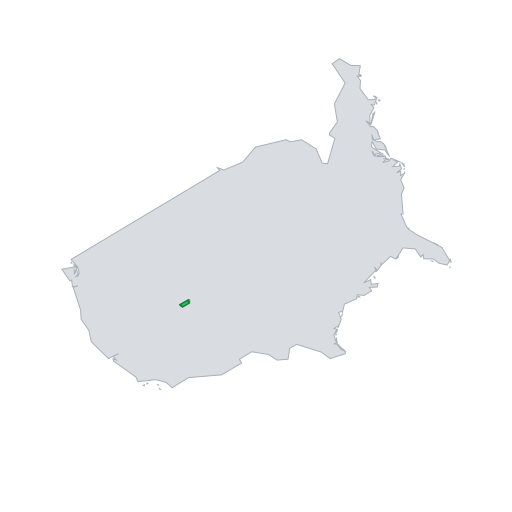 Carbon, Utah, United States of America shown in context, rotated 330°
{"feature_id": "52423323B75729045949325", "entity_name": "Carbon", "entity_type": "district", "adm_level": 2, "iso_a3": "USA", "parent_name": "United States of America", "parent_adm1": "Utah", "projection": "orthographic", "projection_center": [-110.382, 39.641], "detail": "fine", "context": "in_parent", "style": "filled", "palette": "green", "viewbox_px": 512, "rotation_deg": 330, "n_neighbors": 0, "source": "geoboundaries", "source_scale": "gbopen_adm2", "svg_char_len": 4394}
<svg xmlns="http://www.w3.org/2000/svg" viewBox="0 0 512 512"><g transform="rotate(330 256 256)"><path d="M400.1,163.3L419.7,150.8L418.1,127.6L426.9,126.8L433.3,138.2L441.5,143.4L435.6,150.4L436.3,152.8L433.7,150.8L434.2,156.4L429.8,162.9L431.2,176.7L437.0,179.9L439.1,178.0L437.4,176.2L438.6,176.8L440.0,179.2L434.0,184.4L431.5,182.4L432.4,186.4L424.8,191.2L420.7,198.9L420.2,195.9L418.9,194.4L419.9,201.6L422.1,202.0L423.7,207.7L422.2,216.7L416.0,214.4L417.0,208.7L415.1,213.2L418.2,217.5L421.2,219.5L422.7,222.5L421.4,236.5L420.5,228.5L413.7,223.6L413.8,215.1L410.3,219.1L415.7,229.2L410.4,227.7L409.1,228.7L409.2,224.8L408.7,223.8L408.2,227.0L409.0,229.3L416.9,230.7L416.1,233.2L411.9,230.7L410.6,230.5L415.8,233.5L417.7,233.7L417.7,236.8L415.0,235.5L419.5,238.3L419.0,239.2L416.7,237.7L412.4,238.4L418.7,240.3L421.8,238.8L428.3,247.3L422.9,240.9L425.5,245.5L419.3,247.0L425.2,250.0L426.8,247.7L425.7,253.3L419.5,254.2L423.7,255.0L421.4,258.5L425.5,258.7L419.4,262.4L418.3,271.0L412.7,275.4L404.4,293.1L402.5,292.2L401.0,305.9L401.4,309.1L405.7,317.6L421.3,341.5L421.4,356.9L416.9,359.4L410.6,353.4L408.3,347.4L399.9,342.3L401.4,338.2L398.2,339.4L397.4,329.4L387.3,322.5L375.6,328.5L372.2,323.6L360.0,326.5L361.1,324.0L359.4,326.7L354.0,329.2L353.1,324.9L352.7,328.2L335.8,333.2L343.5,333.7L341.7,338.2L348.0,340.8L345.5,343.5L338.4,339.8L338.7,343.9L329.9,344.2L324.2,340.1L321.7,343.3L308.5,341.9L301.9,348.8L303.5,347.0L299.3,346.2L298.2,353.5L290.9,359.3L292.6,357.6L287.3,357.7L289.4,359.8L283.7,363.7L282.2,371.7L279.3,370.9L281.9,372.6L283.0,379.6L285.9,383.4L284.2,385.2L268.9,381.9L264.6,372.0L247.2,353.0L239.2,352.6L232.1,361.4L222.2,356.7L217.5,347.4L204.4,336.8L189.9,337.2L190.0,341.5L166.7,341.7L136.9,327.6L117.4,328.1L115.1,320.6L107.4,313.0L91.0,305.9L91.4,300.7L80.1,275.8L80.8,273.4L83.2,276.8L82.1,271.5L88.0,271.8L76.9,271.0L70.5,247.9L74.1,236.7L72.9,223.3L77.0,215.4L82.1,191.5L87.0,192.9L81.7,190.9L84.3,184.7L82.4,184.4L81.3,170.4L92.9,174.6L89.5,181.3L94.1,176.8L92.9,182.7L89.8,183.8L91.8,184.3L94.5,182.2L96.1,176.2L94.2,166.5L267.4,163.8L266.7,160.2L271.2,165.5L291.6,168.1L309.9,161.4L340.2,170.3L342.7,174.2L353.6,178.1L361.7,193.4L359.7,208.6L364.1,211.9L383.2,193.5L380.1,187.8L381.6,186.0L393.4,180.7L400.1,163.3ZM428.4,192.7L431.5,190.3L420.8,200.0L429.1,190.5L428.4,192.7ZM94.2,172.4L95.3,176.4L95.1,176.9L93.3,173.8L94.2,172.4ZM285.6,382.3L283.0,376.4L282.7,372.9L283.4,376.5L285.6,382.3ZM436.6,150.4L437.5,152.2L436.8,152.1L436.6,150.4ZM324.7,341.9L325.3,343.3L323.7,342.4L324.7,341.9ZM97.0,312.4L99.0,311.8L99.1,312.1L97.0,312.4ZM95.0,311.7L94.2,312.6L93.6,311.6L95.0,311.7ZM437.2,183.1L436.8,184.7L436.4,184.5L437.2,183.1ZM283.5,369.5L282.7,372.4L284.8,366.6L283.5,369.5ZM416.6,333.5L419.6,338.2L416.2,333.1L416.6,333.5ZM106.6,318.1L107.3,319.7L106.4,318.2L106.6,318.1ZM422.4,357.4L421.3,359.6L422.9,355.2L422.4,357.4ZM430.0,250.4L429.2,253.1L428.7,247.7L430.0,250.4ZM93.1,169.1L92.9,170.2L92.3,169.5L93.1,169.1ZM289.6,360.9L286.9,362.6L289.6,360.5L289.6,360.9ZM440.6,181.9L441.2,183.2L440.0,183.4L440.6,181.9ZM106.2,322.4L106.7,324.3L105.9,322.5L106.2,322.4ZM286.4,363.8L285.3,364.7L286.2,363.4L286.4,363.8ZM422.9,225.0L422.5,228.4L422.8,223.8L422.9,225.0ZM301.2,350.2L299.5,351.6L301.9,349.3L301.2,350.2ZM401.7,307.3L402.0,309.6L401.4,308.1L401.7,307.3ZM426.2,258.8L425.8,259.4L426.7,257.1L426.2,258.8ZM379.9,326.7L378.1,328.5L377.3,328.5L379.9,326.7ZM353.1,329.0L352.8,329.5L351.6,329.7L353.1,329.0ZM406.1,348.3L406.7,349.8L405.6,348.1L406.1,348.3ZM348.3,333.6L348.2,335.1L347.6,332.5L348.3,333.6ZM418.6,362.8L417.5,363.4L419.0,362.3L418.6,362.8ZM423.7,208.8L423.6,210.5L423.7,208.2L423.7,208.8ZM428.2,254.0L427.8,254.8L427.6,254.8L428.2,254.0Z" fill="#d9dde1" stroke="#a8b0b8" stroke-width="1"/><path d="M168.6,260.1L167.0,260.1L165.7,260.1L165.7,261.1L165.9,261.2L165.9,261.4L166.0,261.6L166.2,261.9L166.4,262.2L166.6,262.0L166.6,262.4L166.7,262.6L166.9,262.9L166.9,263.1L167.0,263.2L166.9,263.4L171.3,263.4L174.8,263.4L174.9,263.2L174.8,262.9L174.6,262.8L174.7,262.7L174.8,262.6L174.7,262.5L174.8,262.3L174.8,262.1L174.9,261.9L175.0,261.9L174.9,261.8L174.9,261.7L175.0,261.7L175.0,261.3L174.9,261.3L175.0,261.1L175.0,260.8L175.3,260.9L175.3,261.0L175.3,260.8L175.4,260.7L175.5,260.7L175.6,260.4L175.5,260.2L175.6,260.3L175.9,260.4L175.8,260.2L175.1,260.1L171.1,260.1L168.6,260.1Z" fill="#22c55e" stroke="#15803d" stroke-width="1.5"/></g></svg>